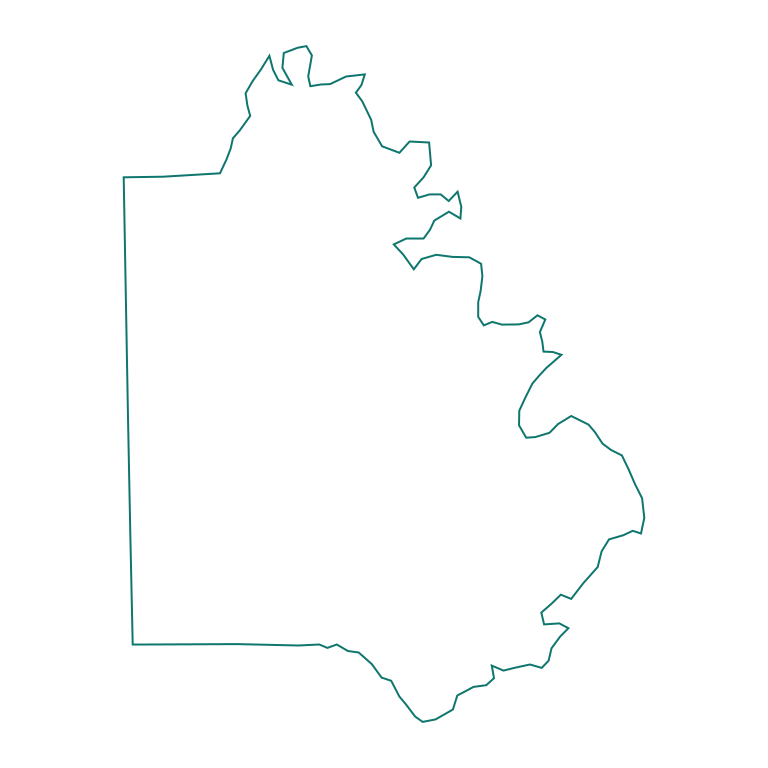 Uraí, Paraná, Brazil (Robinson projection)
{"feature_id": "56859067B91534490521731", "entity_name": "Uraí", "entity_type": "district", "adm_level": 2, "iso_a3": "BRA", "parent_name": "Brazil", "parent_adm1": "Paraná", "projection": "robinson", "projection_center": [-50.799, -23.207], "detail": "fine", "context": "isolated", "style": "outline", "palette": "teal", "viewbox_px": 768, "rotation_deg": 0, "n_neighbors": 0, "source": "geoboundaries", "source_scale": "gbopen_adm2", "svg_char_len": 1823}
<svg xmlns="http://www.w3.org/2000/svg" viewBox="0 0 768 768"><path d="M548.6,660.7L551.5,648.3L560.2,636.5L568.4,628.2L559.3,623.4L544.1,624.4L541.3,612.6L551.2,604.0L560.8,594.7L571.2,598.9L583.2,583.3L597.7,567.0L601.6,551.4L609.0,539.4L623.4,535.2L632.7,530.8L641.0,533.5L644.3,517.9L642.1,498.3L635.0,484.1L628.7,469.6L621.9,455.4L611.2,450.1L602.5,443.6L595.0,432.2L588.5,424.6L571.2,416.0L558.1,424.0L549.5,432.8L535.2,437.1L526.2,437.7L519.0,425.3L519.3,410.7L524.8,398.7L532.4,383.5L539.3,375.5L546.4,367.9L561.4,354.8L552.8,352.0L543.5,351.6L542.3,341.7L539.9,332.0L545.3,319.5L537.5,315.3L528.6,322.3L518.8,324.4L502.0,324.6L492.2,321.9L483.8,325.4L478.2,316.8L478.2,302.2L480.6,291.1L482.4,276.3L481.1,263.8L469.3,257.3L452.5,256.9L436.2,254.8L421.6,259.0L413.8,269.3L403.4,254.8L393.8,244.4L406.3,238.5L423.6,238.5L430.0,229.7L434.3,220.6L448.9,211.7L460.4,218.5L461.3,206.9L457.6,191.7L448.7,201.0L440.7,194.4L429.6,194.4L418.0,197.8L414.3,187.5L423.6,177.3L431.1,165.3L429.1,142.5L409.6,141.5L399.4,152.8L382.1,146.3L373.6,131.7L371.2,119.9L362.3,101.4L355.9,92.7L361.4,85.1L364.8,74.4L346.1,76.5L330.1,84.1L320.8,84.5L310.4,86.2L308.2,76.5L311.9,55.4L306.4,46.1L297.5,47.8L283.8,53.0L282.4,67.8L291.8,84.7L278.4,80.3L273.1,69.9L269.4,55.8L260.9,69.5L252.5,81.3L245.6,93.3L247.4,105.6L250.2,115.9L240.0,130.1L232.9,138.3L230.7,148.4L226.5,159.4L220.0,173.3L163.0,176.7L123.7,177.3L127.9,412.2L129.0,468.1L130.3,533.5L132.7,644.5L147.0,644.5L237.3,644.1L298.4,645.5L319.3,644.5L327.4,647.9L336.8,644.5L347.9,651.0L358.7,652.5L371.8,664.1L381.6,677.6L391.2,680.8L399.4,696.6L405.8,704.2L415.2,716.6L422.7,721.9L435.6,719.4L452.9,709.5L457.3,695.5L473.5,686.9L486.2,685.2L494.0,678.2L491.8,665.6L503.5,670.6L515.1,667.7L530.0,664.5L541.7,667.9L548.6,660.7Z" fill="none" stroke="#0f766e" stroke-width="2"/></svg>